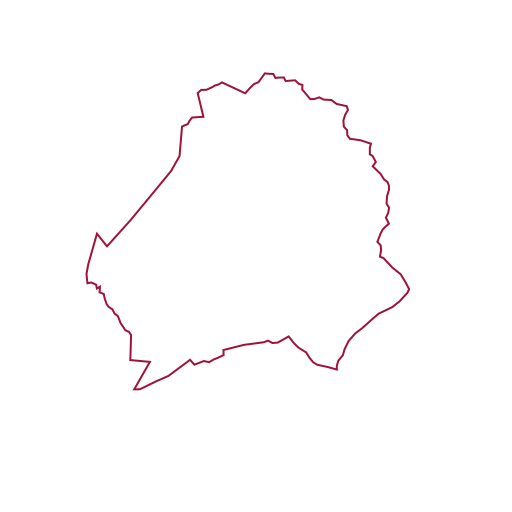 Acari, Rio Grande do Norte, Brazil, rotated 28°
{"feature_id": "56859067B32204928658001", "entity_name": "Acari", "entity_type": "district", "adm_level": 2, "iso_a3": "BRA", "parent_name": "Brazil", "parent_adm1": "Rio Grande do Norte", "projection": "mercator", "projection_center": [-36.64, -6.424], "detail": "fine", "context": "isolated", "style": "outline", "palette": "rose", "viewbox_px": 512, "rotation_deg": 28, "n_neighbors": 0, "source": "geoboundaries", "source_scale": "gbopen_adm2", "svg_char_len": 1846}
<svg xmlns="http://www.w3.org/2000/svg" viewBox="0 0 512 512"><g transform="rotate(28 256 256)"><path d="M294.0,104.7L283.9,108.4L280.0,106.6L277.4,102.2L272.8,100.5L269.5,95.2L268.4,89.2L268.6,83.9L265.8,81.1L255.8,83.9L249.3,82.9L242.1,86.2L237.4,86.2L233.7,90.1L230.3,92.0L221.7,88.5L218.7,87.4L216.7,83.2L213.0,83.9L208.1,82.5L204.1,85.0L200.0,87.6L196.8,85.3L192.8,87.5L189.5,89.7L185.8,87.1L182.5,88.8L178.1,90.6L176.6,101.4L173.5,105.1L171.8,110.4L170.1,117.4L144.4,118.7L142.5,122.0L139.9,124.5L137.5,128.3L134.1,132.6L129.7,135.0L128.0,139.5L144.2,157.8L140.4,160.1L134.5,163.8L133.8,168.1L133.9,171.4L129.9,176.4L141.6,203.7L141.1,220.9L136.2,245.2L128.4,283.2L119.9,317.4L105.1,311.0L111.8,342.1L114.8,351.5L120.0,359.2L123.0,356.7L128.3,356.4L130.8,359.4L132.7,356.4L134.9,361.5L139.4,361.0L142.3,364.5L146.7,368.6L149.7,370.1L154.3,370.5L158.1,373.2L162.3,373.9L167.7,378.6L175.5,382.9L179.4,382.6L182.8,384.4L193.9,406.9L212.0,399.3L211.1,430.9L216.0,428.2L226.9,413.2L234.9,403.1L243.2,385.7L246.5,378.6L252.6,380.9L259.3,373.2L264.4,371.8L267.4,367.0L270.2,363.7L273.9,358.7L271.4,354.3L287.2,340.0L303.5,328.4L306.3,325.1L311.4,325.1L315.8,322.3L322.6,311.7L330.3,315.1L336.3,316.9L345.6,317.6L350.9,320.7L356.2,322.9L360.9,323.3L365.0,322.2L371.2,320.4L380.7,318.3L379.0,315.3L377.8,309.8L379.3,302.8L378.0,297.1L377.7,287.6L380.0,277.7L383.5,270.2L388.8,255.8L391.4,249.3L400.3,237.2L403.9,229.0L406.9,217.7L406.8,213.4L400.4,209.0L392.3,204.2L381.7,202.2L369.7,198.0L365.8,198.4L363.5,191.7L361.0,188.0L356.5,186.5L355.4,177.1L355.4,173.3L356.3,170.0L358.2,165.1L352.7,161.2L352.5,156.0L350.9,150.9L346.7,148.5L343.7,141.8L342.3,135.0L340.2,131.3L337.2,128.9L333.2,128.3L327.4,125.0L316.9,122.0L317.7,116.8L312.1,113.0L308.8,112.8L305.6,106.8L304.8,102.9L294.0,104.7Z" fill="none" stroke="#9f1239" stroke-width="2"/></g></svg>